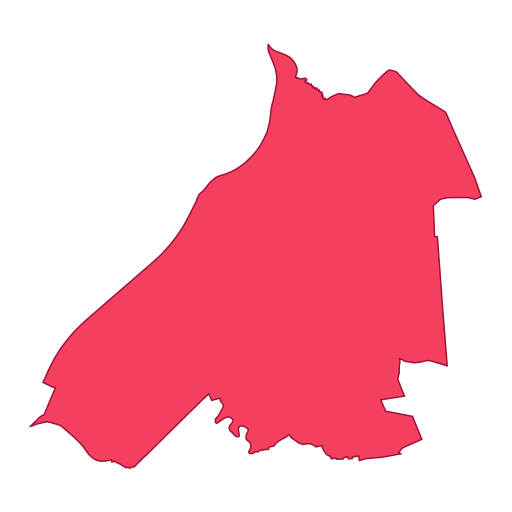 Roermond, Limburg, Netherlands
{"feature_id": "6326949B62204677584458", "entity_name": "Roermond", "entity_type": "district", "adm_level": 2, "iso_a3": "NLD", "parent_name": "Netherlands", "parent_adm1": "Limburg", "projection": "albers", "projection_center": [6.001, 51.209], "detail": "fine", "context": "isolated", "style": "filled", "palette": "rose", "viewbox_px": 512, "rotation_deg": 0, "n_neighbors": 0, "source": "geoboundaries", "source_scale": "gbopen_adm2", "svg_char_len": 5816}
<svg xmlns="http://www.w3.org/2000/svg" viewBox="0 0 512 512"><path d="M268.2,43.9L268.0,48.2L268.3,50.4L269.2,53.0L274.9,66.9L275.3,68.7L276.4,73.8L276.7,77.2L276.7,83.1L275.4,90.3L274.4,94.6L273.3,100.0L271.8,105.6L271.3,108.1L270.8,111.7L270.4,116.4L269.8,120.7L269.3,123.2L267.7,129.5L267.1,131.8L264.4,137.8L262.3,141.8L260.1,145.7L256.7,150.6L253.4,154.6L250.8,157.3L246.8,161.1L244.0,163.6L241.8,165.3L238.8,167.4L235.0,169.8L231.7,171.5L227.7,173.2L224.2,174.4L220.1,175.6L216.4,177.1L215.7,177.5L215.4,177.7L215.5,177.8L212.7,180.0L211.2,181.2L208.3,184.6L204.0,190.0L200.2,193.5L199.4,194.0L196.9,199.0L196.4,201.0L189.4,215.0L185.9,221.6L183.7,225.6L178.5,233.6L176.0,237.1L170.1,244.7L165.4,250.0L162.1,253.6L159.9,255.8L153.3,261.8L89.1,317.5L82.7,323.2L79.3,326.5L74.5,331.4L71.2,335.0L66.6,340.6L63.8,344.2L60.5,348.7L58.3,352.2L54.3,358.7L51.2,364.6L48.7,369.7L43.0,382.5L43.9,382.8L52.6,387.1L55.4,387.7L44.0,414.9L41.7,415.8L39.4,417.5L38.4,418.3L36.8,420.3L35.0,421.8L30.7,426.1L33.6,425.5L35.4,424.4L36.1,424.2L46.3,421.8L47.1,421.7L52.2,422.9L53.6,423.4L57.8,424.6L59.9,425.4L61.2,426.0L71.4,434.8L74.6,437.7L79.6,442.6L81.8,445.0L83.5,447.1L86.7,451.6L88.8,454.4L89.7,455.3L92.2,457.6L94.1,458.9L95.9,459.9L99.5,461.0L102.2,461.2L105.7,461.0L107.9,460.7L111.4,459.7L111.9,462.0L114.4,461.3L117.1,462.7L120.6,464.4L126.1,467.8L126.8,467.0L129.6,468.1L130.6,467.8L132.4,467.1L132.9,466.8L133.3,466.5L134.2,466.9L139.0,462.0L144.3,456.8L146.0,455.4L158.2,443.3L158.3,443.2L164.3,437.3L164.8,436.7L168.6,433.0L169.1,432.6L191.5,410.5L194.2,407.9L201.2,400.9L208.7,394.0L208.8,393.9L211.8,400.4L216.3,399.1L219.8,398.3L220.2,400.2L220.5,401.1L222.7,404.0L223.2,404.9L223.3,405.7L223.3,406.1L223.1,407.0L222.8,407.7L221.5,410.2L220.7,411.4L219.3,414.3L218.2,415.9L215.9,418.5L215.5,419.3L215.3,420.2L215.3,420.9L215.4,421.8L215.7,422.6L216.2,423.1L216.8,423.2L217.2,423.1L223.1,418.9L224.7,418.0L226.1,417.4L227.8,417.0L228.7,417.0L229.3,417.2L231.2,418.1L232.9,419.6L233.1,419.9L233.1,420.4L233.0,421.0L232.4,422.1L231.9,423.0L230.0,425.3L229.5,426.2L229.2,427.5L229.2,428.3L229.4,429.1L229.6,429.8L230.3,430.9L232.2,432.6L234.9,435.5L236.0,436.4L236.7,436.6L237.7,436.7L238.4,436.7L238.9,436.4L239.1,435.9L239.2,434.9L238.6,431.1L238.5,429.9L238.5,429.2L238.6,428.3L238.7,427.6L239.1,427.1L239.6,426.5L240.2,426.2L241.1,425.9L241.8,425.8L242.6,426.0L244.3,426.6L245.5,427.1L247.7,428.7L247.9,429.1L248.1,429.7L248.1,430.6L247.8,431.8L246.7,433.6L246.5,434.0L246.3,434.7L246.1,436.9L246.1,438.4L246.3,439.2L246.6,439.7L247.0,440.2L249.5,442.0L249.9,442.5L250.6,444.0L250.7,444.6L250.9,445.9L250.8,447.3L250.3,448.8L249.3,450.5L248.9,451.4L248.7,451.9L248.9,452.6L249.5,453.4L250.0,453.6L251.2,453.6L252.4,453.4L253.0,453.2L255.3,451.8L256.4,451.5L257.3,451.7L257.9,452.1L260.0,450.2L263.0,450.0L262.7,449.7L268.5,449.4L268.8,447.1L272.3,446.4L274.4,445.7L274.5,445.5L274.5,445.2L275.6,443.8L276.0,443.2L278.3,441.3L281.2,439.6L284.8,437.8L287.2,436.2L289.0,434.6L291.3,437.8L291.7,437.6L291.8,437.8L291.9,437.7L292.2,438.3L293.3,439.2L296.8,441.4L297.4,441.9L297.8,442.5L298.2,442.8L300.4,443.5L301.7,444.0L303.5,444.4L303.7,444.1L308.0,443.8L310.1,443.8L311.7,444.3L315.9,446.5L315.9,446.9L317.8,446.4L322.0,445.7L322.2,446.9L322.3,446.8L323.4,450.0L323.8,450.7L324.6,451.5L325.1,452.2L326.1,454.0L328.6,455.7L329.8,455.7L330.0,456.7L330.7,456.7L331.2,458.7L333.0,458.7L333.0,458.0L336.3,458.1L336.2,459.1L343.0,459.1L343.2,458.5L343.6,458.0L344.3,457.6L345.8,457.0L346.0,456.8L346.3,457.2L347.5,456.8L348.7,459.0L351.1,458.5L352.1,458.6L352.6,457.7L352.5,456.9L358.7,456.0L359.4,460.5L360.3,460.4L364.9,458.8L382.9,457.1L400.7,453.8L398.8,452.6L400.7,449.9L401.4,449.0L402.3,448.3L403.2,447.7L404.3,447.1L421.8,439.3L412.5,416.4L385.7,411.2L380.7,399.8L404.5,396.1L403.4,393.2L402.0,390.2L401.9,390.1L401.4,388.7L401.3,388.4L399.6,383.8L398.0,379.8L397.9,379.1L397.9,378.5L399.1,373.3L399.2,372.5L399.3,366.3L399.4,365.3L399.8,363.1L399.9,362.1L399.8,359.8L399.7,359.4L399.2,358.7L399.4,358.5L403.0,360.0L404.1,360.9L404.9,361.2L407.2,361.7L414.1,362.7L416.0,362.7L420.8,361.9L420.9,362.1L424.4,361.0L427.5,360.6L429.8,360.6L447.2,365.8L442.2,302.3L437.4,236.8L434.6,236.3L433.3,205.7L440.5,199.2L447.3,197.7L463.1,197.5L467.8,197.6L471.8,198.4L474.8,199.3L481.3,196.7L474.7,177.8L455.3,134.4L453.2,129.7L445.7,112.3L426.0,100.1L419.9,95.9L419.9,96.4L419.3,95.9L405.8,81.9L397.4,73.0L397.5,72.9L396.5,72.0L394.4,71.2L391.4,70.3L389.0,70.0L387.5,71.0L384.0,74.0L377.2,80.7L375.5,82.7L368.0,92.5L367.5,93.0L366.7,93.5L354.5,97.3L351.6,95.7L349.8,95.0L342.6,94.1L339.0,93.5L338.2,93.7L332.3,96.3L331.1,96.9L326.6,99.7L325.6,99.6L325.3,99.5L325.4,99.3L325.4,98.8L325.3,98.5L325.0,98.3L324.6,98.2L323.9,98.8L323.4,98.9L322.7,98.2L322.5,97.7L323.1,96.8L323.1,96.6L321.9,96.0L321.8,95.8L321.8,95.5L322.0,95.3L322.8,94.8L322.7,94.6L321.7,94.3L321.6,94.2L321.7,93.8L322.1,92.9L322.1,92.4L321.7,92.2L320.8,92.4L320.4,92.0L320.0,91.5L318.6,91.1L318.5,90.9L318.5,90.6L319.1,90.2L319.1,89.9L318.8,89.7L317.6,89.7L317.4,89.2L317.2,88.6L316.8,88.1L316.4,88.0L316.2,88.2L315.5,88.9L315.3,89.0L315.0,89.0L314.7,88.7L314.7,87.6L313.4,87.8L313.2,87.7L313.1,86.2L312.6,85.9L311.5,85.8L311.3,85.5L311.3,84.4L311.2,84.1L309.9,84.1L308.7,84.4L308.6,84.2L308.5,83.5L308.3,83.0L307.8,82.8L307.1,83.0L304.7,81.8L304.6,81.4L304.8,81.2L305.5,81.0L306.3,80.8L306.6,80.6L306.8,80.1L306.7,79.4L306.0,78.9L305.4,78.2L305.2,78.1L304.2,78.7L303.5,78.4L303.1,78.5L302.1,78.8L300.0,79.0L298.1,78.0L297.8,78.0L296.7,78.3L296.8,77.5L295.1,76.9L296.3,74.6L296.8,73.0L297.1,70.9L297.0,68.9L296.1,65.7L295.3,63.9L293.7,61.5L291.8,59.2L291.2,58.6L290.0,57.5L289.4,57.1L287.9,56.2L285.4,55.0L281.5,53.3L278.1,52.1L275.0,50.9L273.4,50.0L271.7,48.7L270.0,46.8L268.6,44.8L268.2,43.9Z" fill="#f43f5e" stroke="#9f1239" stroke-width="1.5"/></svg>